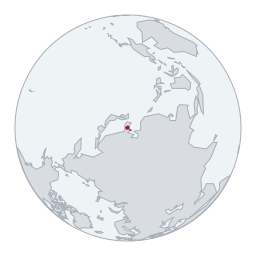 globe centered on Gyeonggi, rotated 210°
{"feature_id": "KOR-2498", "entity_name": "Gyeonggi", "entity_type": "Province", "adm_level": 1, "iso_a3": "KOR", "parent_name": "South Korea", "parent_adm1": "", "projection": "orthographic", "projection_center": [126.66, 37.546], "detail": "fine", "context": "on_globe", "style": "filled", "palette": "rose", "viewbox_px": 256, "rotation_deg": 210, "n_neighbors": 0, "source": "natural_earth", "source_scale": "10m", "svg_char_len": 12234}
<svg xmlns="http://www.w3.org/2000/svg" viewBox="0 0 256 256"><g transform="rotate(210 128 128)"><circle cx="128" cy="128" r="113" fill="#eef3f6" stroke="#a8b0b8"/><path d="M214.8,192.1L214.7,192.6L214.8,192.1ZM213.6,54.8L212.8,54.0L213.5,55.5L209.2,53.2L199.2,46.8L199.7,46.0L197.2,44.8L196.4,45.9L196.4,46.9L186.7,46.3L182.7,52.2L185.1,56.4L181.7,53.9L188.8,64.0L189.0,70.0L186.5,61.8L184.5,59.9L183.5,63.1L181.2,61.9L179.4,62.9L176.8,61.3L175.5,57.0L173.8,56.0L173.2,58.3L170.1,58.5L171.3,55.1L166.1,55.1L163.0,48.4L168.3,41.7L164.3,37.8L163.7,30.6L161.5,30.4L159.9,28.0L156.7,26.9L157.5,26.2L154.3,26.0L154.2,27.0L152.8,27.3L150.9,26.9L151.6,25.7L152.6,25.7L151.9,25.2L153.0,24.9L151.4,24.8L152.4,23.6L148.6,24.2L147.2,22.7L148.6,22.2L152.0,23.0L163.9,24.7L166.4,24.9L166.5,24.0L159.1,20.4L160.4,20.4L159.6,19.9L157.2,19.4L157.1,19.6L152.5,18.7L152.8,19.4L151.0,19.3L149.9,20.0L146.2,19.1L143.3,18.0L144.0,17.4L142.7,17.1L138.9,17.1L137.2,16.0L130.8,15.4L138.7,15.9L146.5,16.9L154.2,18.4L161.8,20.5L169.2,23.2L176.4,26.3L183.4,29.9L190.1,34.0L196.5,38.6L202.6,43.6L208.3,49.0L213.6,54.8ZM232.1,112.9L231.2,111.0L232.1,111.0L232.1,112.9ZM230.3,110.7L230.7,111.2L230.4,110.9L230.3,110.7ZM229.9,111.1L230.2,110.8L230.0,111.3L229.9,111.1ZM229.5,111.9L229.7,111.3L229.7,111.5L229.5,111.9ZM228.4,112.4L228.1,112.5L228.2,111.8L228.4,112.4ZM196.8,47.6L196.6,46.0L198.2,45.7L198.7,47.0L196.8,47.6ZM193.4,48.8L192.7,47.6L195.5,48.6L195.1,49.0L193.4,48.8ZM187.4,60.0L187.7,58.2L188.2,60.4L187.4,60.0ZM179.6,63.4L180.3,64.3L179.1,64.4L179.6,63.4ZM152.0,20.4L151.0,20.2L151.7,20.2L152.0,20.4ZM152.5,21.0L154.1,21.2L154.6,21.5L153.6,21.4L152.5,21.0ZM173.9,62.2L171.8,62.3L173.7,61.4L173.9,62.2ZM150.5,20.8L155.2,22.1L156.0,22.7L152.9,22.8L150.5,20.8ZM170.4,61.9L165.2,62.4L166.2,64.4L160.4,59.4L166.8,60.4L169.0,58.9L168.9,60.7L170.4,61.9ZM155.0,27.5L155.0,26.5L156.7,27.8L155.0,27.5ZM156.4,28.3L163.7,32.3L162.7,33.8L160.5,32.0L160.6,34.5L156.5,33.2L155.5,31.5L157.0,30.8L154.3,30.9L156.4,28.3ZM158.1,56.6L156.6,56.2L157.9,55.8L158.1,56.6ZM152.3,27.5L153.9,28.1L153.1,29.4L149.9,28.5L151.2,28.3L152.3,27.5ZM162.6,35.8L161.4,36.7L157.9,35.9L156.9,36.2L156.3,33.3L162.6,35.8ZM150.4,27.8L148.3,28.0L146.9,27.0L150.8,27.0L150.4,27.8ZM154.3,30.2L153.8,30.8L153.0,30.1L154.3,30.2ZM140.9,24.0L142.8,24.5L142.6,25.2L140.9,24.0ZM147.6,28.1L148.0,28.4L148.2,28.8L146.5,28.7L147.6,28.1ZM153.8,32.9L152.6,32.5L153.9,34.1L151.3,33.6L151.3,31.9L150.2,32.5L149.4,32.3L150.4,31.0L153.8,32.9ZM145.2,29.8L144.4,27.7L141.0,26.5L141.1,25.8L146.6,27.9L145.2,29.8ZM148.1,30.6L146.3,30.0L147.4,29.4L149.3,29.5L148.1,30.6ZM149.4,34.1L153.5,35.2L153.3,35.5L149.4,34.1ZM144.0,29.6L144.2,30.1L143.6,29.6L144.0,29.6ZM147.5,32.8L149.0,33.1L148.8,33.5L147.5,32.8ZM143.5,31.1L143.2,30.3L144.5,30.3L143.5,31.1ZM145.2,31.9L144.5,32.4L145.1,30.7L145.8,32.0L145.2,31.9ZM147.1,33.1L147.4,33.5L146.5,32.9L147.1,33.1ZM138.8,31.6L139.2,29.5L142.0,29.4L141.2,31.5L138.8,31.6ZM52.8,44.1L48.3,48.9L46.7,50.7L44.1,53.0L35.3,65.1L36.6,64.5L32.2,74.2L31.5,79.1L37.6,74.2L38.8,66.0L42.5,61.6L44.4,65.4L44.0,73.2L45.4,71.7L48.7,64.6L51.6,64.4L50.2,62.1L48.5,64.4L47.6,63.2L49.0,61.0L50.0,60.9L51.0,58.3L46.1,59.7L43.9,62.3L44.6,57.6L41.0,61.6L40.1,61.5L45.9,54.8L47.7,53.5L55.9,44.9L54.1,45.8L46.2,54.0L47.3,52.4L44.9,54.0L47.6,51.5L56.8,42.7L59.4,39.3L58.0,39.8L70.7,31.0L64.2,35.5L66.2,34.5L72.1,31.0L69.6,32.9L71.1,32.2L69.1,34.0L70.6,34.8L69.2,36.7L74.1,35.4L74.0,36.4L71.1,36.8L68.4,38.2L65.3,43.7L66.0,44.3L69.4,43.1L68.2,45.0L71.9,43.2L72.2,46.1L74.9,41.2L79.0,40.2L81.5,41.3L83.3,40.2L79.2,38.5L77.1,38.6L74.5,40.1L69.3,40.3L69.4,38.8L76.7,35.6L77.7,33.4L82.9,32.2L90.9,37.1L92.1,40.2L84.9,47.5L82.2,47.3L83.4,44.4L78.4,48.0L80.7,47.2L79.6,48.9L83.2,48.7L82.7,49.9L87.1,47.8L86.8,49.3L84.0,50.6L89.2,52.0L89.7,55.1L91.1,54.9L92.5,53.7L92.3,58.7L93.4,58.3L93.9,56.5L96.3,54.7L100.5,53.6L100.2,55.3L98.7,56.0L94.9,60.2L90.8,61.9L91.1,62.5L94.6,61.5L99.2,56.3L101.8,55.1L100.0,57.6L100.9,56.6L102.1,56.6L103.0,58.3L105.1,55.7L118.9,54.3L122.0,57.8L118.9,59.9L128.2,61.8L131.0,66.2L131.4,64.4L136.2,64.5L135.4,63.1L135.9,62.3L147.7,62.6L150.3,64.3L155.9,63.1L156.1,62.3L154.5,60.9L160.4,59.4L166.2,64.4L165.4,65.9L169.6,68.3L167.1,71.6L167.0,75.7L161.9,78.3L162.3,81.5L163.9,82.1L165.6,87.2L163.6,95.9L158.2,86.1L159.8,73.7L158.5,78.4L156.7,76.6L155.0,78.0L154.2,81.5L155.5,82.3L143.5,85.4L137.6,94.3L143.1,94.7L145.5,98.1L143.6,109.9L129.3,123.6L132.4,129.4L131.9,132.8L127.7,134.2L128.3,129.3L125.0,126.9L126.0,124.0L119.4,125.1L120.6,121.1L114.9,124.1L115.9,127.7L121.3,128.0L115.9,132.7L120.1,139.3L119.4,146.0L108.6,155.6L99.3,156.9L98.5,158.8L95.4,155.6L90.4,158.2L95.4,171.0L94.9,174.1L87.2,177.8L87.2,175.5L79.0,167.0L76.8,173.8L82.9,182.0L85.0,189.4L80.0,185.7L77.9,178.9L75.1,175.8L76.3,169.7L74.9,159.2L69.9,159.0L70.8,155.2L68.1,145.1L61.1,144.4L49.6,149.1L47.2,158.2L43.7,160.1L41.4,143.0L43.1,133.0L40.6,131.9L39.6,120.4L33.1,111.1L33.7,108.0L32.1,107.2L31.8,101.8L33.3,97.0L32.3,95.0L28.7,108.0L29.9,110.2L33.0,109.0L31.6,112.9L32.2,119.1L26.0,122.5L18.9,116.4L20.7,109.1L28.7,83.8L29.9,82.4L30.0,82.2L30.3,81.8L28.3,83.7L30.6,79.1L23.6,94.8L21.3,100.4L18.7,116.6L18.3,116.9L18.3,121.2L21.3,126.1L20.8,128.3L17.8,134.6L15.8,138.1L15.4,130.0L15.5,122.0L16.2,114.0L17.5,106.0L19.4,98.2L21.8,90.5L24.7,83.0L28.2,75.7L32.2,68.7L36.7,62.1L41.6,55.7L47.0,49.7L52.8,44.1ZM40.9,85.3L42.3,90.2L46.2,84.1L47.1,85.6L48.1,83.0L46.5,83.6L49.6,77.3L51.9,78.2L54.1,76.1L53.7,74.4L49.0,73.8L44.5,82.7L42.2,83.3L40.9,85.3ZM81.9,27.4L79.7,28.4L78.4,28.6L80.2,26.9L82.2,26.6L81.9,27.4ZM77.0,30.0L83.7,27.7L82.9,28.9L82.2,28.6L81.0,29.6L79.6,29.4L72.1,33.1L70.4,33.6L74.7,29.8L74.3,30.6L76.4,29.4L77.0,30.0ZM102.5,22.2L105.4,21.9L99.8,24.8L97.7,24.8L99.4,22.9L102.8,21.8L102.5,22.2ZM144.1,21.1L145.6,21.3L145.4,21.5L144.0,21.6L144.1,21.1ZM141.8,24.2L137.4,20.8L138.9,20.8L134.6,19.2L136.7,18.5L139.5,19.5L137.9,18.0L141.3,18.6L139.8,17.7L145.7,20.0L148.6,20.7L144.5,20.1L142.4,20.6L142.4,21.1L144.5,23.0L149.8,25.1L148.6,26.2L146.3,26.4L144.9,26.1L146.1,25.4L143.3,25.5L144.0,24.3L141.8,24.2ZM120.3,32.1L122.4,30.8L116.8,31.9L117.5,30.2L116.8,30.4L115.8,29.3L113.5,28.3L114.3,27.6L113.1,27.6L112.4,26.9L111.0,26.6L111.9,25.3L110.2,25.0L111.7,24.6L108.5,24.4L111.3,24.0L110.7,23.3L108.3,24.0L117.1,19.0L118.6,17.7L118.3,16.9L123.1,16.7L126.5,17.5L128.5,19.1L126.3,20.6L128.9,20.4L128.7,21.1L126.7,21.0L129.5,21.6L128.8,22.2L130.6,24.4L135.1,25.4L135.9,26.3L133.7,26.3L136.0,27.3L132.4,27.9L132.9,28.6L129.9,30.1L125.5,29.8L126.3,30.7L124.1,32.0L120.3,32.1ZM137.8,32.0L132.4,31.7L130.1,30.7L136.3,28.6L136.4,27.8L140.3,26.7L143.5,28.2L142.1,28.4L141.5,28.9L140.7,28.2L140.9,29.1L139.0,29.4L138.6,30.3L136.9,29.9L137.8,32.0ZM47.1,50.8L46.3,51.9L45.5,53.3L43.9,54.5L47.1,50.8ZM53.2,44.7L52.8,45.4L50.2,47.4L51.1,46.4L53.2,44.7ZM54.8,44.1L53.0,45.2L54.5,44.0L54.8,44.1ZM70.9,37.4L70.8,38.1L69.9,38.6L68.9,38.6L70.9,37.4ZM103.8,35.8L105.3,35.0L105.8,35.3L109.8,34.7L109.7,36.0L107.2,36.9L103.8,35.8ZM36.6,73.9L35.4,73.7L36.1,72.3L36.4,72.7L36.6,73.9ZM38.9,63.4L37.3,66.5L38.5,63.7L38.9,63.4ZM104.3,37.2L105.9,36.7L104.8,37.7L104.3,37.2ZM109.8,37.0L108.8,38.1L110.1,36.1L109.8,37.0ZM20.9,163.0L20.5,161.2L22.5,167.3L23.0,168.8L20.9,163.0ZM113.1,209.9L116.6,210.7L116.5,211.1L113.1,209.9ZM109.5,208.1L113.4,208.8L108.8,208.8L109.5,208.1ZM114.9,209.0L119.0,208.8L120.7,208.4L120.4,209.1L114.9,209.0ZM106.8,207.7L92.8,204.6L87.4,202.2L88.6,201.1L97.3,203.7L106.8,207.7ZM88.1,200.9L80.0,194.4L69.6,177.8L73.3,179.5L84.3,191.1L83.6,192.2L88.5,197.0L88.1,200.9ZM108.3,197.9L107.5,201.6L99.7,199.7L96.2,198.3L93.7,192.7L95.1,190.5L97.9,191.2L109.5,184.4L113.4,187.3L109.7,190.6L113.0,194.6L108.3,197.9ZM47.5,159.3L48.8,166.1L47.0,165.9L47.5,159.3ZM114.6,178.6L109.6,182.0L114.3,177.2L114.6,178.6ZM117.5,173.7L117.6,175.9L115.9,173.5L117.5,173.7ZM98.0,161.8L95.0,161.6L95.1,160.0L99.1,159.4L98.0,161.8ZM118.8,151.6L118.1,156.4L117.2,157.9L116.2,154.8L118.8,151.6ZM105.2,49.8L99.7,48.9L95.7,49.6L93.3,51.8L94.4,48.5L100.6,47.4L105.2,49.8ZM117.2,53.4L119.3,51.8L120.0,52.9L119.6,53.5L117.2,53.4ZM117.4,52.1L117.0,49.3L119.2,48.7L119.1,51.0L117.4,52.1ZM110.4,42.7L108.8,42.3L109.8,41.5L110.4,42.7ZM183.3,226.1L188.6,222.9L189.7,222.3L183.3,226.1ZM155.1,236.5L154.5,235.7L159.4,234.7L157.8,235.8L155.1,236.5ZM191.3,221.2L191.7,220.8L194.6,218.7L195.2,217.6L195.4,218.1L198.1,216.2L194.5,218.9L191.3,221.2ZM135.8,233.0L114.2,234.9L109.2,233.8L110.0,232.6L104.7,227.3L106.3,227.7L104.7,224.0L117.3,222.4L126.1,216.5L133.6,217.3L139.0,212.3L146.8,212.5L144.7,216.6L153.1,218.7L158.2,209.4L164.0,218.1L170.5,220.0L173.0,224.1L163.4,232.3L157.4,234.5L156.0,234.3L153.6,235.1L149.4,235.5L146.6,233.9L144.2,234.7L146.3,233.1L143.0,234.6L140.6,233.4L135.8,233.0ZM192.2,209.9L193.5,209.6L195.7,210.1L193.6,210.7L192.2,209.9ZM211.6,195.9L212.2,196.1L210.8,197.1L211.6,195.9ZM214.6,192.7L213.0,194.1L214.8,192.1L214.6,192.7ZM198.4,202.6L199.1,202.9L198.6,203.3L198.4,202.6ZM197.9,202.7L198.6,201.5L198.6,202.4L197.9,202.7ZM191.5,200.0L192.3,199.2L192.6,199.5L191.5,200.0ZM121.8,211.3L126.6,209.0L129.3,208.9L121.8,211.3ZM190.4,199.3L188.4,199.7L188.6,199.1L190.4,199.3ZM190.4,198.0L190.2,197.3L191.5,198.7L190.4,198.0ZM186.7,197.3L189.1,198.0L186.4,197.5L186.7,197.3ZM185.3,197.9L183.6,197.7L183.7,197.4L185.3,197.9ZM166.8,202.4L173.1,206.0L168.2,206.7L162.7,204.5L158.6,207.6L149.2,207.7L151.2,206.0L149.9,203.4L140.4,202.5L138.4,200.7L141.8,199.5L135.6,197.9L142.4,197.3L145.2,201.0L149.1,198.1L155.9,198.5L162.6,199.2L168.1,201.2L166.8,202.4ZM142.5,205.2L143.7,205.2L142.7,206.3L142.5,205.2ZM180.4,196.4L182.9,197.6L182.6,198.1L181.4,198.1L180.4,196.4ZM169.4,200.4L175.3,196.6L176.7,196.4L172.8,200.4L169.4,200.4ZM173.8,194.9L176.6,194.9L178.1,196.3L177.5,196.8L173.8,194.9ZM128.7,201.4L128.4,202.4L126.7,201.5L128.7,201.4ZM130.9,201.0L136.2,202.3L130.4,201.8L130.9,201.0ZM115.3,195.8L116.8,198.5L121.5,197.5L117.9,199.3L121.2,203.6L120.1,204.9L116.8,200.3L115.8,204.5L113.8,204.2L112.6,200.3L114.6,195.9L116.7,194.2L125.2,194.4L115.3,195.8ZM130.8,198.0L129.5,195.0L130.5,193.2L132.0,194.8L130.8,198.0ZM125.5,187.6L122.1,183.7L118.8,184.7L125.6,180.5L127.8,184.9L125.5,187.6ZM122.8,179.5L119.7,180.4L123.0,177.9L122.8,179.5ZM119.0,179.1L118.8,176.5L121.2,177.2L119.0,179.1ZM124.4,179.8L125.3,175.6L126.3,178.3L124.4,179.8ZM118.2,170.7L123.0,175.6L116.5,172.9L116.9,164.4L119.8,164.6L118.2,170.7ZM138.5,137.2L138.2,134.5L140.9,134.1L140.4,136.0L138.5,137.2ZM149.6,131.2L141.6,133.2L135.1,135.0L136.8,136.4L134.8,140.6L132.5,136.3L137.5,131.9L142.4,131.3L143.7,127.6L147.6,125.3L147.6,120.7L149.5,118.8L150.9,122.9L149.6,131.2ZM147.4,118.7L148.8,110.6L153.8,112.0L154.5,114.1L151.8,117.2L149.4,116.2L147.4,118.7ZM150.6,109.1L148.3,108.2L145.4,96.0L146.1,93.9L150.8,103.5L148.9,103.2L148.7,106.1L150.6,109.1ZM156.8,57.2L156.6,56.3L157.7,57.1L156.8,57.2ZM135.4,61.6L136.3,60.6L137.5,61.5L135.4,61.6ZM139.6,58.6L137.6,58.2L139.8,57.8L139.6,58.6ZM133.1,57.7L136.9,57.7L133.1,58.8L133.1,57.7Z" fill="#d9dde1" stroke="#a8b0b8" stroke-width="1"/><path d="M128.0,127.4L128.0,127.2L128.3,126.9L128.5,126.7L128.6,126.8L128.8,127.0L128.8,126.9L129.0,126.8L129.0,127.0L129.3,127.2L129.4,127.3L129.5,127.3L129.4,127.5L129.4,127.8L129.5,127.9L129.7,128.0L129.8,128.0L129.7,128.2L129.7,128.3L129.6,128.5L129.5,128.8L129.4,128.9L129.3,129.0L129.2,129.1L129.1,129.3L128.9,129.3L128.8,129.2L128.7,129.2L128.6,129.3L128.5,129.2L128.4,129.2L128.3,128.9L128.3,129.0L128.2,129.0L128.1,128.9L128.3,128.8L128.3,128.7L128.3,128.8L128.2,128.8L128.2,128.7L128.1,128.8L128.1,128.7L128.0,128.8L128.0,128.7L128.3,128.5L128.2,128.5L128.0,128.4L128.2,128.2L127.9,128.0L127.9,127.9L127.8,127.6L128.0,127.6L128.0,127.8L128.0,127.7L128.1,127.4L128.0,127.4ZM128.7,128.0L128.7,127.9L128.7,127.7L128.5,127.8L128.4,127.9L128.4,128.0L128.3,127.9L128.2,127.9L128.2,128.0L128.3,128.1L128.5,128.2L128.8,128.2L128.7,128.0ZM127.8,127.9L127.7,127.9L127.5,127.7L127.8,127.5L127.8,127.8L127.8,127.9ZM125.0,127.1L124.9,127.2L125.0,127.2L124.9,127.2L125.0,127.1L125.0,127.1ZM127.4,127.5L127.5,127.5L127.4,127.6L127.4,127.5ZM127.5,127.7L127.6,127.8L127.4,127.7L127.5,127.6L127.5,127.7ZM125.0,127.4L125.0,127.5L124.9,127.5L124.9,127.4L125.0,127.4L125.0,127.4ZM126.5,127.7L126.5,127.8L126.5,127.7L126.5,127.7Z" fill="#f43f5e" stroke="#9f1239" stroke-width="1.5"/></g></svg>